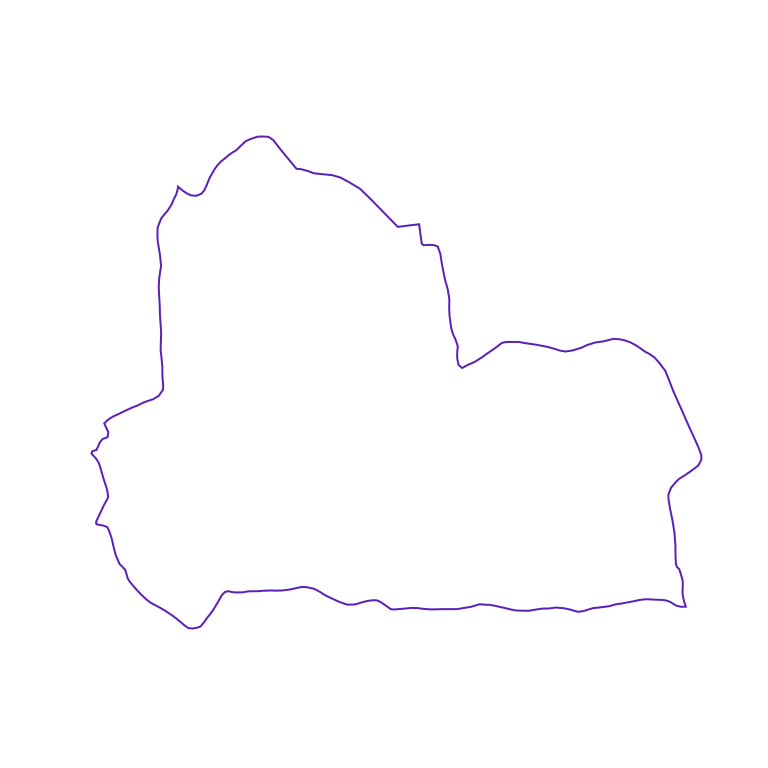 Ou Reang Ov, Kâmpóng Cham, Cambodia, rotated 352°
{"feature_id": "14789045B44533012408415", "entity_name": "Ou Reang Ov", "entity_type": "district", "adm_level": 2, "iso_a3": "KHM", "parent_name": "Cambodia", "parent_adm1": "Kâmpóng Cham", "projection": "equal_earth", "projection_center": [105.534, 11.827], "detail": "fine", "context": "isolated", "style": "outline", "palette": "violet", "viewbox_px": 768, "rotation_deg": 352, "n_neighbors": 0, "source": "geoboundaries", "source_scale": "gbopen_adm2", "svg_char_len": 4107}
<svg xmlns="http://www.w3.org/2000/svg" viewBox="0 0 768 768"><g transform="rotate(352 384 384)"><path d="M101.5,384.0L102.9,388.9L103.4,390.4L104.3,393.2L102.9,398.2L97.5,399.4L94.3,402.5L91.8,406.7L89.9,409.4L85.9,409.9L84.6,412.1L86.3,414.7L88.6,418.0L90.5,422.2L91.4,426.7L92.3,433.2L93.1,438.8L94.5,446.6L95.1,450.4L95.2,457.0L94.3,459.1L90.4,464.1L85.6,471.4L82.5,476.1L79.7,480.5L79.7,482.8L81.7,483.6L85.8,484.9L90.1,487.2L91.3,491.1L92.4,496.3L93.0,500.7L93.6,508.3L94.6,516.4L97.1,525.5L99.6,528.7L101.9,532.2L102.5,536.2L103.2,541.0L104.6,544.1L106.5,547.3L107.6,549.0L110.2,553.1L114.0,558.4L116.6,561.7L119.9,565.6L122.8,568.4L130.2,573.7L135.9,578.2L143.0,584.6L148.0,589.8L153.0,595.4L156.3,598.5L160.4,599.5L164.4,599.4L168.5,598.6L172.8,594.7L175.9,591.4L180.3,587.2L183.2,584.2L187.3,579.2L190.2,575.5L193.9,570.7L197.5,567.8L201.2,567.5L203.5,568.5L207.1,569.6L210.5,570.1L215.6,570.7L220.5,570.4L225.5,571.0L229.9,571.6L235.0,571.9L239.2,572.3L243.3,572.7L248.8,573.7L254.5,574.3L262.4,574.4L270.0,573.8L274.4,573.5L278.3,574.2L280.9,575.1L285.5,576.7L288.1,578.3L292.4,581.5L295.2,584.2L299.4,587.1L304.2,590.2L307.7,592.5L312.1,595.0L317.0,597.4L324.6,598.3L332.0,597.1L337.9,596.5L344.1,596.7L347.2,597.4L350.3,599.4L354.3,603.1L357.1,605.7L359.3,607.9L362.1,608.6L364.7,608.8L369.7,609.1L373.5,609.3L379.7,609.5L386.2,610.6L391.1,612.0L392.6,612.3L396.8,613.3L401.9,614.1L410.6,615.1L418.6,616.2L425.0,617.1L432.2,616.9L438.7,616.8L448.1,615.4L454.7,616.9L458.0,617.4L463.7,619.3L472.3,622.6L478.9,625.2L483.5,626.7L491.6,628.1L495.9,628.7L502.9,628.5L509.3,628.4L515.3,629.2L523.1,629.3L530.9,631.1L537.3,633.4L540.5,634.9L544.5,636.6L549.9,636.6L556.5,635.5L560.4,635.0L563.2,635.2L568.4,635.3L576.0,635.4L583.0,634.4L585.3,634.4L587.9,634.5L593.6,634.2L600.7,633.9L606.9,633.4L613.2,633.6L617.6,634.3L623.4,635.5L628.8,636.4L633.0,637.5L636.9,639.5L638.9,641.1L642.0,643.8L646.8,645.9L651.9,646.5L651.3,643.3L650.9,640.9L650.6,638.0L650.5,635.5L650.6,632.0L651.3,628.2L651.8,625.3L652.3,621.8L652.2,618.1L651.7,615.2L651.3,612.3L650.5,608.1L648.8,606.3L648.0,603.2L648.8,594.1L650.1,584.7L650.9,571.9L650.7,559.4L649.9,547.1L649.7,537.8L650.2,533.2L653.7,526.8L659.3,521.7L663.2,518.9L669.2,516.3L677.4,512.1L683.9,508.5L687.8,502.9L688.3,498.3L686.8,491.4L683.4,479.5L680.5,470.0L675.2,451.2L669.5,431.4L666.1,416.9L664.3,409.9L659.8,401.8L655.7,395.6L653.2,393.2L651.2,391.3L647.4,388.6L641.2,382.8L638.3,380.3L633.2,376.7L628.0,374.1L623.9,372.6L617.5,371.2L607.7,372.3L599.1,372.3L590.9,373.6L584.3,375.6L575.6,377.0L568.3,377.1L563.4,375.6L558.0,373.0L551.6,370.2L546.1,368.3L540.9,366.5L536.2,365.1L530.2,363.4L523.3,361.1L516.8,360.2L510.3,359.4L506.5,359.7L501.1,362.8L496.6,365.1L489.6,368.6L485.3,370.9L477.7,374.4L472.7,376.0L471.4,376.2L466.3,378.0L463.5,379.0L460.4,375.4L460.1,368.1L461.2,361.3L462.3,357.2L461.3,351.1L459.2,343.8L458.3,337.7L458.4,325.3L459.1,318.0L460.5,309.1L460.3,299.0L459.0,289.7L458.4,279.7L458.0,271.9L457.9,263.1L456.4,255.4L452.4,253.3L446.7,252.3L442.6,252.1L440.9,250.3L441.0,230.7L430.8,230.5L419.5,230.3L395.4,197.5L389.5,190.0L387.3,187.2L378.0,179.7L369.5,173.4L361.6,169.9L360.3,169.6L352.7,167.8L346.3,166.2L343.5,165.4L338.7,162.7L331.7,159.7L327.3,158.7L314.2,137.4L308.3,127.0L304.0,123.2L298.8,122.1L293.6,121.5L289.8,122.1L286.1,122.8L280.8,124.3L274.6,128.7L270.5,131.8L265.7,133.9L262.3,135.6L257.1,138.9L253.6,140.9L249.2,144.5L246.4,147.4L243.0,151.7L240.2,155.4L237.8,159.3L235.8,162.9L232.9,167.3L229.7,170.1L227.3,170.8L224.1,171.5L219.0,170.3L215.7,168.1L212.0,164.9L207.5,159.9L206.7,162.9L204.3,167.9L201.2,172.2L198.8,176.4L194.0,182.1L190.3,185.3L186.6,188.8L184.1,193.0L181.5,197.9L180.4,204.8L179.8,210.5L179.9,216.4L180.1,224.8L179.7,235.9L176.3,247.3L174.4,256.6L173.2,270.4L172.6,277.4L171.8,283.9L170.5,301.9L169.2,309.5L167.5,319.5L167.4,323.6L167.0,335.0L165.5,346.8L165.3,353.3L164.4,358.8L159.4,364.3L153.0,367.0L147.7,367.9L142.8,369.0L137.6,370.8L131.3,372.3L123.3,374.7L116.0,377.1L111.4,378.4L108.5,379.6L104.6,381.7L103.0,383.0L101.5,384.0Z" fill="none" stroke="#5b21b6" stroke-width="2"/></g></svg>